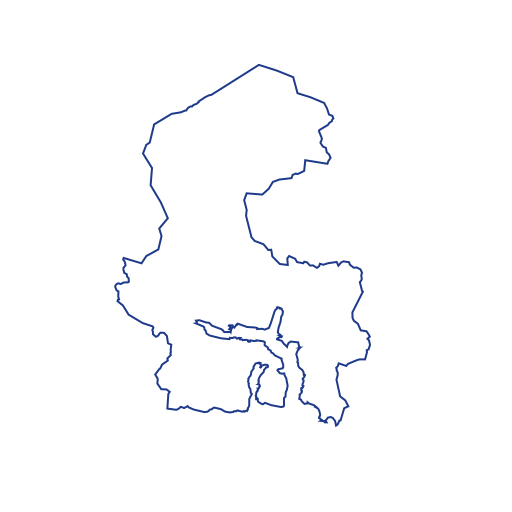 outline of Rauma nor, Møre og Romsdal, Norway, rotated 207°
{"feature_id": "86288312B59453092590792", "entity_name": "Rauma nor", "entity_type": "district", "adm_level": 2, "iso_a3": "NOR", "parent_name": "Norway", "parent_adm1": "Møre og Romsdal", "projection": "orthographic", "projection_center": [7.589, 62.442], "detail": "fine", "context": "isolated", "style": "outline", "palette": "blue", "viewbox_px": 512, "rotation_deg": 207, "n_neighbors": 0, "source": "geoboundaries", "source_scale": "gbopen_adm2", "svg_char_len": 6136}
<svg xmlns="http://www.w3.org/2000/svg" viewBox="0 0 512 512"><g transform="rotate(207 256 256)"><path d="M264.8,423.3L279.4,422.2L292.9,419.9L304.0,432.2L321.2,430.7L340.2,427.6L369.0,379.2L370.8,377.9L373.3,374.6L377.3,367.6L376.9,367.1L378.1,364.5L380.2,362.3L380.9,360.1L382.1,359.7L383.8,357.2L384.3,353.9L385.3,353.3L388.2,349.9L395.7,344.4L406.5,327.0L402.2,308.9L404.2,305.2L403.2,296.0L388.6,287.2L382.0,271.2L365.2,260.6L351.7,249.6L354.7,236.6L349.2,230.8L346.0,217.5L353.7,206.2L354.7,197.5L373.0,194.2L372.7,192.5L370.3,191.3L368.2,188.8L368.0,188.3L368.7,185.4L368.0,183.7L365.6,181.1L362.9,181.1L361.5,179.1L359.4,178.4L357.6,175.2L358.1,174.4L361.8,172.4L363.8,169.6L366.2,169.2L367.5,167.6L367.8,166.3L367.5,164.6L364.6,162.1L362.5,162.0L360.3,157.3L358.3,155.1L359.2,154.3L358.9,152.9L352.1,151.5L342.8,145.9L326.4,144.8L316.1,146.4L314.8,145.5L314.8,143.0L313.7,142.0L312.2,139.5L308.6,138.6L307.5,139.7L306.9,141.2L306.7,143.4L306.0,144.5L302.9,145.8L299.0,144.2L294.8,138.3L291.2,138.5L289.8,134.5L288.1,131.3L288.2,130.5L286.9,129.1L288.5,124.5L287.1,122.8L290.4,116.6L290.3,112.2L290.9,111.2L292.0,104.6L287.8,102.0L286.0,97.6L279.9,94.3L275.2,96.5L271.2,95.8L271.5,93.3L265.7,79.8L257.2,82.8L255.7,84.5L254.5,87.5L251.0,87.9L248.7,91.2L247.3,90.6L241.9,90.9L231.1,93.5L228.7,95.1L227.8,96.5L227.5,98.0L225.6,99.7L225.1,101.3L224.0,102.1L217.8,103.6L212.8,103.3L208.1,104.8L205.4,106.8L205.1,107.8L203.1,108.7L202.6,109.9L197.3,111.1L196.4,112.4L195.3,112.2L194.4,113.9L193.6,113.9L193.6,115.8L194.2,116.5L194.0,118.3L194.3,120.0L197.1,125.6L197.1,131.2L198.6,131.8L200.7,135.0L202.5,135.9L204.5,138.5L204.4,139.0L206.1,140.6L206.5,142.4L207.1,142.9L207.0,145.4L206.5,147.1L207.6,150.7L207.1,154.9L207.9,156.0L207.6,160.0L204.8,162.5L203.5,162.6L203.9,161.7L202.9,161.8L201.8,160.5L201.8,158.8L201.2,158.7L200.9,159.4L201.1,160.5L200.7,161.4L198.7,163.2L196.6,164.1L195.4,163.6L195.1,162.3L196.6,161.2L196.5,160.3L197.1,158.3L196.5,155.9L197.7,152.1L197.9,148.3L197.1,145.8L196.6,145.7L196.0,143.2L195.5,143.0L195.7,142.7L194.7,143.0L193.4,141.8L193.5,140.1L193.8,140.1L193.8,138.8L193.5,138.8L193.5,138.1L193.8,138.1L193.5,137.8L193.7,136.3L193.3,136.0L193.8,134.7L192.7,131.9L192.8,131.3L191.2,130.2L191.6,129.9L190.9,128.5L189.4,129.3L188.8,127.9L187.6,127.0L183.2,126.8L182.4,127.2L181.3,129.3L174.7,130.0L165.1,132.8L163.2,134.3L163.2,135.7L166.4,141.7L166.5,142.5L165.9,144.1L167.6,148.0L167.8,150.8L168.9,154.8L173.6,160.8L176.6,162.9L177.5,164.2L179.8,162.8L181.6,162.4L185.0,163.9L185.1,164.6L184.4,165.5L181.3,168.0L181.2,169.1L182.4,171.5L186.3,175.3L186.5,176.1L193.9,176.0L196.6,177.0L198.6,177.0L200.0,178.4L202.8,178.4L204.0,179.9L207.8,180.4L209.0,183.2L210.4,183.4L217.3,181.1L217.2,180.6L219.5,179.1L222.3,178.5L222.5,177.1L223.6,177.3L223.6,176.3L224.4,176.3L224.8,177.2L226.4,177.0L229.6,175.0L230.1,175.4L232.6,174.4L233.2,174.8L232.9,175.8L234.3,175.2L235.4,173.7L237.1,174.2L238.9,173.4L239.4,172.4L241.7,171.4L241.4,171.2L242.0,169.8L250.1,166.7L261.3,164.1L264.9,164.4L267.0,166.7L268.5,167.1L269.7,168.9L271.0,169.3L279.1,168.7L278.4,169.3L278.6,170.2L280.1,171.2L277.2,173.1L270.5,174.1L267.4,175.2L263.5,173.9L253.3,175.1L251.4,174.5L252.2,175.0L249.8,173.8L244.4,176.6L244.6,176.9L244.5,177.3L244.1,177.0L244.7,179.0L246.6,178.7L246.4,179.8L244.7,180.0L244.7,180.8L248.5,181.5L248.3,182.2L245.3,183.6L244.4,182.4L242.8,182.3L242.3,185.5L242.0,185.6L241.8,185.9L242.2,186.2L241.6,187.4L231.7,188.7L224.8,191.7L222.2,192.4L221.8,192.3L221.7,191.5L217.5,193.9L214.8,194.4L211.8,197.8L212.3,202.9L214.2,214.5L214.3,216.9L213.5,218.3L213.9,219.8L213.3,220.3L211.2,220.4L211.6,220.1L211.1,220.0L211.2,220.6L209.6,220.7L206.8,218.8L205.8,215.8L206.0,213.5L204.2,208.2L203.4,202.7L202.0,198.0L200.5,197.0L198.4,196.8L198.3,196.3L198.8,195.8L196.5,196.2L196.5,195.3L197.5,194.9L199.4,192.5L199.7,191.8L199.4,191.3L194.5,192.1L191.5,190.5L187.1,189.2L187.4,190.1L187.5,193.3L186.1,195.6L179.2,198.2L176.2,194.5L175.7,194.6L176.1,194.2L175.6,194.4L175.9,194.0L175.2,194.3L175.8,193.7L175.6,193.2L175.7,193.7L175.2,193.8L175.6,191.8L176.0,191.4L175.6,186.8L172.4,183.4L171.2,181.6L171.0,180.2L170.0,179.9L168.5,177.3L166.8,176.2L162.9,175.4L160.6,173.8L159.6,171.9L158.7,172.2L158.7,171.6L158.2,171.6L158.1,170.1L158.7,168.1L158.3,167.2L157.2,166.9L156.5,165.3L156.5,163.8L155.9,161.7L154.7,161.7L154.6,160.4L155.0,158.5L155.3,159.2L155.7,158.8L154.6,156.7L153.8,156.6L153.3,155.1L154.2,152.2L153.6,151.6L152.6,148.3L150.8,148.5L149.4,147.4L145.7,146.2L143.3,148.0L143.7,149.1L141.7,148.6L136.9,149.4L134.2,148.9L134.5,148.4L131.4,148.3L129.2,146.6L126.6,143.5L126.6,141.2L126.2,141.2L126.1,140.2L122.7,139.7L123.5,138.5L120.4,139.7L119.2,139.0L117.6,139.8L119.5,141.0L118.9,142.4L118.6,144.6L116.4,146.4L114.1,146.6L110.6,144.9L107.7,141.3L106.8,142.8L106.9,147.4L106.0,147.9L108.3,160.4L105.5,164.0L110.9,167.9L117.3,169.1L128.2,182.4L129.0,186.5L130.2,189.2L132.2,190.6L132.6,191.8L133.8,192.7L133.1,195.1L133.6,197.9L125.7,199.0L125.1,201.6L118.9,208.9L116.9,210.8L111.9,213.4L113.4,220.6L114.6,222.3L113.3,224.0L114.1,228.7L117.0,232.1L119.1,232.8L118.0,235.8L119.8,237.1L123.4,239.1L128.9,237.3L134.5,241.9L139.4,242.7L141.9,244.7L144.5,249.5L144.6,272.8L145.5,272.9L151.6,279.8L151.1,281.8L151.3,283.5L153.4,286.5L154.0,289.3L156.9,291.5L161.1,291.5L163.6,289.9L168.4,290.9L170.3,292.7L175.7,290.9L177.2,288.9L178.2,284.8L181.4,287.3L188.5,282.3L192.0,278.8L195.5,278.1L195.1,275.7L196.3,273.1L201.0,273.5L203.5,272.0L207.7,273.5L210.4,272.8L210.6,271.0L216.7,269.2L219.8,271.3L226.5,271.0L227.0,268.0L223.6,262.4L231.2,259.7L241.2,263.0L245.3,268.5L247.7,266.9L254.7,269.9L263.9,268.8L268.5,270.6L283.1,287.3L285.2,292.8L291.9,300.4L292.8,307.6L278.3,313.6L275.2,321.6L274.6,329.7L269.8,334.8L259.7,341.5L260.2,344.8L258.1,347.4L256.1,347.9L251.7,353.7L255.6,363.7L234.2,370.6L234.6,373.3L234.1,377.3L237.2,379.8L239.9,380.4L242.9,384.1L246.1,383.9L249.8,386.0L250.2,386.8L250.0,388.0L250.6,390.6L256.7,395.9L256.7,397.0L251.4,405.5L251.1,407.9L249.6,410.6L250.0,412.1L249.5,413.7L251.5,415.5L255.2,415.2L259.7,419.7L264.8,423.3Z" fill="none" stroke="#1e3a8a" stroke-width="2"/></g></svg>